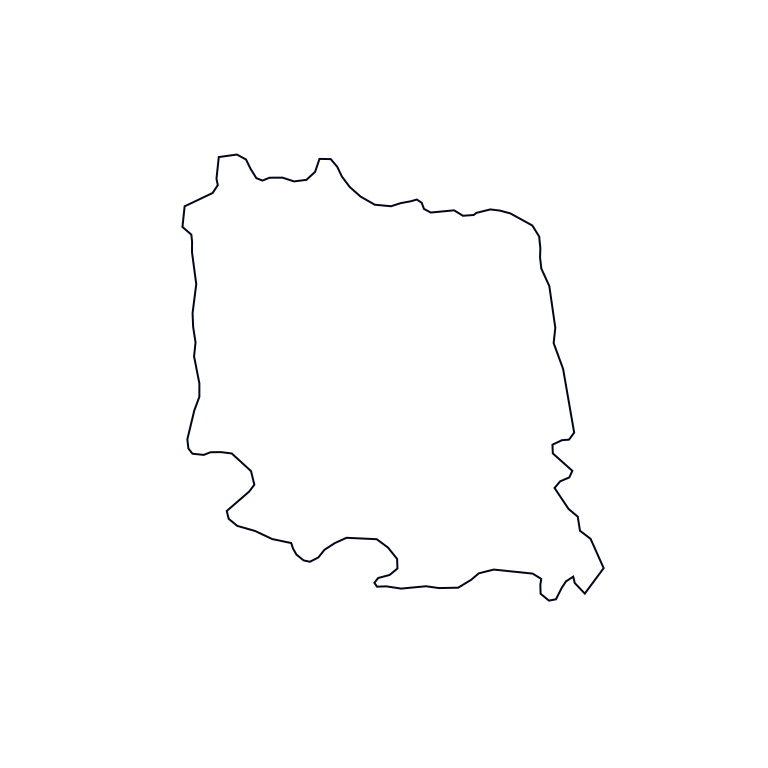 an SVG outline of Ibb, rotated 244°
{"feature_id": "YEM-156", "entity_name": "Ibb", "entity_type": "Governorate", "adm_level": 1, "iso_a3": "YEM", "parent_name": "Yemen", "parent_adm1": "", "projection": "albers", "projection_center": [44.186, 14.073], "detail": "fine", "context": "isolated", "style": "outline", "palette": "ink", "viewbox_px": 768, "rotation_deg": 244, "n_neighbors": 0, "source": "natural_earth", "source_scale": "10m", "svg_char_len": 1642}
<svg xmlns="http://www.w3.org/2000/svg" viewBox="0 0 768 768"><g transform="rotate(244 384 384)"><path d="M139.9,439.9L148.4,434.5L169.1,401.3L172.3,386.2L169.8,376.6L168.4,361.4L176.5,343.9L183.8,333.1L192.6,309.7L201.1,297.4L204.9,288.9L209.5,288.2L212.2,293.7L209.9,305.4L212.3,315.2L221.0,319.1L235.2,315.9L247.7,309.4L262.2,282.9L262.6,270.4L261.1,257.8L256.9,249.0L256.7,239.5L260.7,234.4L269.1,230.5L275.9,230.1L281.7,230.9L293.6,215.6L308.4,203.7L320.8,189.9L330.9,185.3L338.8,187.0L346.4,215.6L350.3,223.3L364.0,226.3L388.3,216.7L394.3,207.5L398.7,198.2L399.3,190.9L405.3,181.3L411.8,179.9L420.5,183.0L443.5,202.0L453.4,212.4L465.4,218.3L492.1,225.4L503.9,232.8L519.0,237.5L531.6,243.0L556.0,259.0L586.6,269.2L596.3,274.0L602.7,276.3L613.5,271.7L631.1,282.7L630.8,313.7L635.6,321.8L641.9,323.4L660.4,335.0L654.7,352.4L646.3,358.4L635.9,358.4L625.0,359.5L620.1,364.0L619.6,371.5L614.0,383.2L605.5,392.0L601.5,403.8L604.9,415.1L614.6,424.7L609.5,434.7L599.6,437.2L589.0,437.1L576.3,439.5L562.7,445.1L549.2,454.3L540.7,468.2L539.2,478.5L536.5,488.1L535.4,494.4L530.3,497.3L523.8,496.7L517.6,501.2L509.4,523.1L500.6,528.7L496.6,538.7L497.3,542.1L494.3,556.1L489.1,564.1L482.0,572.3L461.4,586.8L448.5,588.1L437.4,584.0L429.5,579.8L418.8,576.0L399.5,575.5L359.4,562.6L346.4,554.4L319.1,551.6L256.9,533.6L252.9,525.9L255.5,519.3L255.6,508.8L247.6,505.3L223.4,515.2L218.8,509.6L219.3,499.7L215.8,491.7L190.8,495.1L179.8,500.0L166.2,495.8L154.3,501.8L122.2,500.7L107.6,472.6L121.5,468.2L127.9,469.6L126.8,461.0L122.6,454.0L115.1,444.2L117.0,437.3L126.8,432.8L135.0,436.5L139.9,439.9Z" fill="none" stroke="#020617" stroke-width="2"/></g></svg>